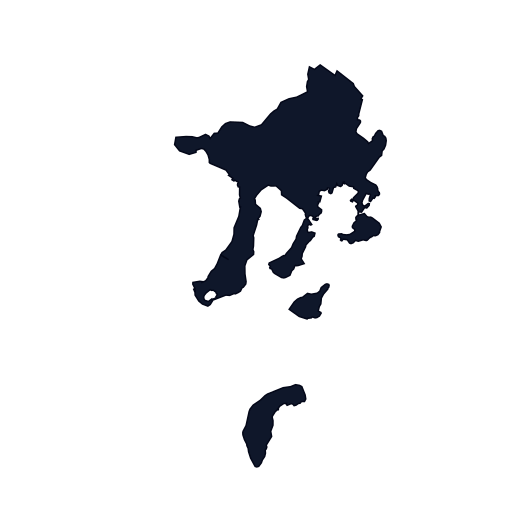 outline of Neiafu, Vava'u, Tonga, rotated 17°
{"feature_id": "48082658B15752007893328", "entity_name": "Neiafu", "entity_type": "district", "adm_level": 2, "iso_a3": "TON", "parent_name": "Tonga", "parent_adm1": "Vava'u", "projection": "natural_earth1", "projection_center": [-173.963, -18.667], "detail": "fine", "context": "isolated", "style": "filled", "palette": "ink", "viewbox_px": 512, "rotation_deg": 17, "n_neighbors": 0, "source": "geoboundaries", "source_scale": "gbopen_adm2", "svg_char_len": 6145}
<svg xmlns="http://www.w3.org/2000/svg" viewBox="0 0 512 512"><g transform="rotate(17 256 256)"><path d="M251.8,59.5L252.4,67.0L254.8,71.8L254.2,74.1L254.9,79.2L257.3,83.9L248.5,92.2L241.6,96.0L235.0,101.8L233.4,109.3L230.8,112.1L228.4,115.9L222.9,128.9L217.1,133.3L211.8,133.5L204.2,132.2L192.0,135.4L188.1,138.3L185.6,142.5L183.6,149.7L180.2,150.9L177.8,157.1L175.9,155.1L172.2,154.5L166.9,159.3L165.0,160.3L160.1,160.6L154.2,162.2L144.7,165.9L145.6,173.3L152.2,177.8L162.4,178.3L168.3,174.4L167.8,172.4L172.2,169.2L174.7,168.9L177.6,170.6L180.6,173.4L183.1,177.3L184.0,180.2L185.1,180.8L202.2,182.6L206.8,186.0L206.2,186.9L211.1,188.4L210.7,190.1L213.0,190.7L213.6,189.7L216.4,190.4L217.1,190.1L217.9,191.3L217.3,192.0L217.5,193.5L218.8,195.1L220.2,194.8L222.4,202.4L224.1,205.2L223.4,206.3L223.5,208.6L226.2,214.0L226.8,213.7L228.0,223.1L226.8,235.4L228.6,241.7L228.7,245.3L228.8,249.2L225.4,259.2L222.6,262.6L222.0,265.1L230.9,267.5L221.9,265.5L221.2,274.7L220.1,280.1L217.7,283.7L216.2,289.6L216.5,290.7L215.1,294.5L212.2,296.9L212.1,296.2L209.6,296.6L203.4,299.7L203.8,301.4L207.3,305.1L207.9,306.9L205.7,305.5L208.3,308.6L209.2,311.2L214.5,315.8L218.8,317.6L224.6,318.0L226.4,315.8L227.5,311.7L226.3,310.0L223.8,313.4L220.2,313.4L219.0,312.6L217.9,310.5L218.0,308.7L219.1,305.9L222.0,301.6L223.4,301.9L225.5,301.2L226.9,301.9L227.6,301.7L229.3,303.7L230.1,303.6L230.4,304.1L229.6,306.7L230.4,307.3L227.8,309.5L228.3,310.3L238.6,302.2L242.3,301.4L245.9,298.4L247.4,298.2L249.7,296.1L251.4,294.1L251.9,290.6L253.0,289.5L254.4,285.8L254.0,283.4L250.7,276.4L248.2,268.7L248.4,262.4L253.2,255.2L252.6,252.6L251.1,250.7L250.7,247.3L248.5,239.2L247.3,237.4L247.5,226.2L247.0,221.0L247.9,220.2L247.0,219.6L248.2,216.9L248.0,212.1L246.2,209.2L240.4,206.7L238.8,202.6L237.7,201.9L238.8,197.6L241.6,191.2L247.0,184.6L249.7,184.7L254.8,183.1L261.2,186.1L262.6,190.0L268.2,191.6L283.8,197.6L286.6,197.2L290.9,200.6L291.0,201.9L292.4,204.1L293.1,204.4L293.2,205.4L291.7,207.5L291.4,213.3L290.5,215.5L289.0,225.2L289.4,228.1L288.0,233.3L287.6,237.6L284.3,244.7L283.7,247.1L282.5,247.4L281.2,248.6L278.9,251.4L270.7,258.8L270.7,260.4L272.8,261.7L272.5,263.2L273.2,263.9L274.7,263.7L277.4,266.6L279.1,267.3L286.7,269.1L289.0,268.8L290.5,267.9L294.1,264.5L294.5,259.6L295.8,257.4L296.0,254.4L296.7,253.3L297.5,253.5L299.1,252.8L304.3,249.2L300.0,245.5L300.1,242.8L299.5,240.1L300.7,232.8L300.5,230.9L302.9,225.7L303.4,225.5L304.7,221.5L305.9,220.1L305.7,216.9L302.2,216.7L299.5,218.1L298.6,218.1L297.3,216.0L297.4,213.9L297.1,213.1L296.5,213.0L296.8,211.3L297.4,210.3L299.3,210.4L300.1,209.6L295.6,205.9L294.8,206.0L294.5,203.8L295.3,201.6L297.1,201.2L299.0,201.5L299.9,202.4L299.4,203.3L299.8,204.4L303.4,204.3L304.2,203.8L304.7,202.4L304.4,201.8L302.5,202.9L302.4,202.3L301.3,202.2L301.3,201.2L302.6,199.9L303.7,199.6L304.3,197.7L305.7,195.8L305.7,194.2L305.2,192.6L300.8,191.0L299.9,189.1L300.4,187.4L299.7,186.1L301.2,185.6L301.0,179.6L297.4,179.9L297.9,179.0L297.6,175.6L299.3,173.9L302.4,173.5L304.6,171.4L304.5,170.0L305.8,169.6L306.6,170.2L306.4,172.7L307.4,174.2L309.3,174.5L310.2,173.4L310.1,167.9L312.0,166.6L312.1,163.2L313.5,164.7L316.6,164.8L317.7,163.3L317.6,160.1L318.5,159.5L318.5,160.9L319.5,161.1L320.4,160.4L324.7,161.9L329.1,161.3L329.7,162.7L334.0,163.6L335.2,164.5L335.2,166.2L332.2,171.8L332.4,173.7L331.0,173.6L330.1,175.2L330.5,175.8L332.4,176.0L332.7,174.3L333.4,174.1L338.2,175.8L338.0,178.0L337.0,178.8L336.9,179.6L340.5,183.0L341.8,187.7L341.1,187.9L340.2,189.8L340.8,191.6L341.6,191.6L341.5,193.3L340.0,195.7L339.4,199.4L340.0,200.7L342.5,201.7L343.3,203.4L339.5,207.9L336.6,209.3L332.6,210.1L331.5,209.7L328.6,210.8L328.2,211.4L328.4,212.4L329.3,213.5L331.4,213.8L332.4,215.0L332.1,216.0L333.1,216.5L333.7,216.4L334.5,214.4L338.6,213.8L341.7,216.3L343.2,216.4L345.1,214.9L346.6,212.0L349.5,212.0L353.7,209.2L356.9,209.0L357.8,208.3L359.6,204.8L360.3,204.7L360.5,203.9L361.2,203.6L362.1,202.2L364.3,201.7L366.3,200.0L367.3,197.4L367.0,196.4L367.2,191.6L364.2,188.6L356.1,185.6L354.4,185.3L352.4,186.0L350.6,185.9L347.2,183.7L342.1,187.1L341.1,183.7L344.1,183.2L345.7,178.0L347.9,177.7L349.4,174.5L349.1,172.8L348.0,172.9L345.4,176.5L343.2,176.2L341.7,174.2L341.6,171.5L343.1,163.9L345.3,164.1L346.0,163.3L347.6,164.1L347.5,167.8L348.1,170.2L349.6,170.4L350.9,166.3L352.2,166.3L352.8,164.5L352.4,163.5L355.5,162.3L356.0,160.6L355.3,159.2L354.8,159.3L353.1,157.4L352.7,156.0L351.5,154.4L349.8,153.1L344.2,152.2L339.4,150.7L337.6,149.4L337.5,145.5L338.1,142.9L340.0,140.5L345.0,125.4L346.7,123.1L345.9,118.7L347.1,116.2L347.5,112.1L346.8,107.6L345.7,105.3L344.0,103.9L342.5,103.7L339.6,100.0L337.5,99.7L336.1,100.5L334.6,103.8L334.1,106.9L333.2,107.7L332.9,109.9L333.6,111.2L333.4,112.2L330.7,115.6L329.5,114.2L324.4,112.0L316.9,109.6L315.2,108.1L314.8,104.8L316.8,97.9L316.7,97.1L316.4,96.3L315.4,95.7L313.3,96.0L312.5,93.9L313.2,91.9L312.7,90.1L312.0,75.4L310.3,75.1L311.2,71.7L300.5,65.2L298.6,62.7L279.4,55.3L278.8,60.3L261.5,54.5L257.3,60.5L251.8,59.5ZM331.4,367.5L327.2,370.9L320.5,374.0L307.4,384.6L305.5,386.9L302.3,392.7L296.9,399.4L295.1,404.1L294.9,406.7L296.1,421.0L294.9,427.3L295.0,428.7L295.8,430.9L298.6,434.9L302.1,438.5L302.8,440.1L304.7,442.2L306.1,445.3L310.0,450.9L316.7,457.5L318.4,457.5L320.1,456.4L321.6,452.2L321.7,449.3L322.9,445.2L322.7,441.8L321.6,439.0L322.2,437.4L322.2,435.5L321.1,433.9L323.7,424.0L321.3,419.3L321.7,412.9L320.4,408.5L318.7,405.6L318.5,404.4L319.9,399.2L321.5,396.7L322.3,396.5L322.2,395.8L321.5,395.8L322.6,392.7L325.7,388.9L328.3,388.0L328.2,388.8L329.4,389.7L332.8,386.9L334.6,386.9L336.2,388.0L337.9,386.9L339.6,384.7L341.2,383.9L342.0,381.9L344.9,381.0L345.4,378.2L343.6,374.5L338.0,367.5L335.4,367.0L331.4,367.5ZM330.6,262.8L327.6,267.1L327.3,270.9L325.5,273.6L320.1,276.4L316.2,276.7L312.5,282.0L310.9,282.7L308.3,285.1L306.0,288.8L303.3,297.3L315.0,301.2L323.3,301.3L323.8,300.4L327.0,299.0L327.6,297.8L330.6,297.9L332.2,297.1L334.2,294.9L335.0,291.6L334.5,291.0L331.6,290.5L331.3,285.8L332.0,282.9L330.8,277.1L331.7,272.6L334.3,266.7L334.2,265.4L334.7,264.6L334.5,262.7L333.9,261.9L332.0,261.9L330.6,262.8Z" fill="#0f172a" stroke="#020617" stroke-width="1.5"/></g></svg>